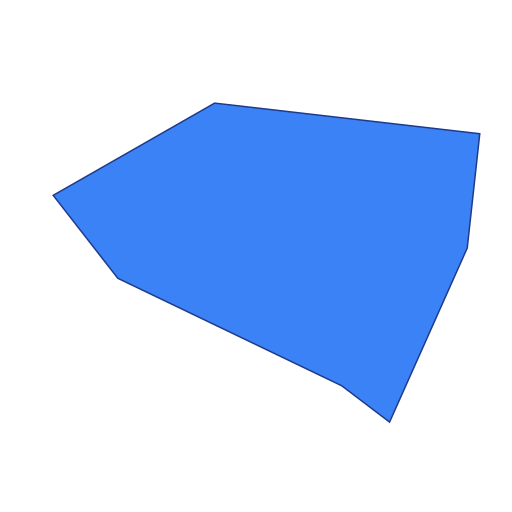 the district of Blanco, Texas, United States of America, rotated 97°
{"feature_id": "52423323B17591428926756", "entity_name": "Blanco", "entity_type": "district", "adm_level": 2, "iso_a3": "USA", "parent_name": "United States of America", "parent_adm1": "Texas", "projection": "orthographic", "projection_center": [-98.374, 30.22], "detail": "fine", "context": "isolated", "style": "filled", "palette": "blue", "viewbox_px": 512, "rotation_deg": 97, "n_neighbors": 0, "source": "geoboundaries", "source_scale": "gbopen_adm2", "svg_char_len": 275}
<svg xmlns="http://www.w3.org/2000/svg" viewBox="0 0 512 512"><g transform="rotate(97 256 256)"><path d="M220.5,464.7L295.0,390.4L374.4,155.0L404.6,103.2L260.8,59.1L222.3,47.3L107.4,48.8L109.3,315.7L220.5,464.7Z" fill="#3b82f6" stroke="#1e3a8a" stroke-width="1.5"/></g></svg>